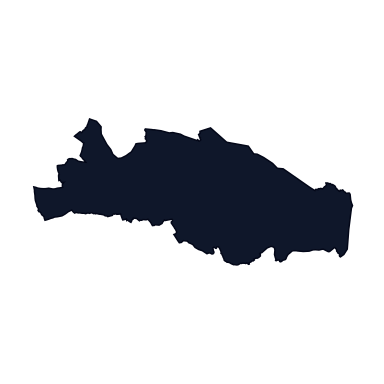 Sirdal nor, Vest-Agder, Norway (orthographic projection), rotated 80°
{"feature_id": "86288312B17397528681230", "entity_name": "Sirdal nor", "entity_type": "district", "adm_level": 2, "iso_a3": "NOR", "parent_name": "Norway", "parent_adm1": "Vest-Agder", "projection": "orthographic", "projection_center": [6.807, 58.845], "detail": "fine", "context": "isolated", "style": "filled", "palette": "ink", "viewbox_px": 384, "rotation_deg": 80, "n_neighbors": 0, "source": "geoboundaries", "source_scale": "gbopen_adm2", "svg_char_len": 6018}
<svg xmlns="http://www.w3.org/2000/svg" viewBox="0 0 384 384"><g transform="rotate(80 192 192)"><path d="M116.7,298.1L122.7,292.1L124.7,290.6L124.9,290.0L127.0,290.9L127.9,291.1L129.3,292.1L131.2,292.8L133.5,293.8L136.7,295.8L137.5,295.5L139.0,294.2L139.9,294.1L142.0,292.6L144.3,291.4L143.4,294.8L142.0,298.5L141.7,299.0L139.7,301.0L139.2,302.4L138.2,304.3L138.2,305.2L137.9,307.1L138.2,308.1L138.7,308.9L139.4,308.8L140.0,309.1L141.6,311.1L143.0,312.4L143.1,313.5L142.8,314.4L143.0,315.2L143.3,315.6L142.8,316.2L142.9,316.5L142.7,318.2L142.7,318.6L142.6,318.9L142.7,320.0L143.9,320.3L146.4,320.4L148.2,320.3L151.5,319.6L151.9,320.3L152.9,320.6L157.6,321.1L157.5,319.7L159.6,319.0L160.2,318.2L160.0,317.7L160.0,317.4L160.3,317.0L160.3,316.7L160.6,317.2L160.8,317.1L161.1,317.2L161.2,317.7L161.5,318.3L162.5,318.3L163.2,318.6L165.0,318.6L165.0,322.3L164.9,323.0L164.9,324.2L165.1,325.9L165.1,326.9L164.9,328.5L163.4,332.4L163.3,335.4L163.0,337.6L162.3,340.5L161.3,343.4L160.3,345.0L159.5,346.9L162.6,346.8L164.4,347.1L167.8,347.2L171.1,347.6L173.4,347.7L178.7,346.9L178.9,347.2L181.7,346.0L181.9,346.2L182.8,346.3L183.4,346.8L184.9,346.1L185.2,345.1L185.9,344.6L188.3,343.9L190.4,342.1L192.6,342.0L194.3,341.7L194.2,340.3L193.8,337.4L193.4,335.6L193.3,333.5L192.8,331.9L193.0,328.8L192.9,324.2L191.8,321.1L190.2,317.8L189.9,317.3L188.9,313.6L191.3,312.2L192.4,311.2L192.0,309.8L192.9,307.5L192.9,306.7L193.9,303.7L194.2,301.9L194.9,300.6L194.5,298.0L195.2,296.9L195.0,294.6L195.1,294.0L196.2,292.8L196.4,290.7L196.7,290.7L196.7,289.5L197.7,287.3L197.9,286.3L198.9,283.6L199.6,282.3L200.3,281.8L200.6,280.9L200.7,280.1L201.6,279.3L201.2,274.5L200.3,273.7L200.0,273.2L200.1,272.7L200.3,272.3L200.4,271.7L200.1,270.6L200.9,270.0L201.3,266.1L206.3,265.3L207.5,265.0L207.3,261.8L207.1,261.4L207.5,261.2L208.3,261.2L208.2,261.1L208.3,260.9L209.0,259.9L210.4,258.5L211.3,257.4L210.6,256.8L208.8,255.8L208.5,254.7L207.5,254.4L208.4,251.2L211.2,248.8L210.8,248.3L211.1,246.5L211.0,246.0L210.6,245.2L211.4,242.1L211.3,240.6L211.2,240.1L214.7,238.0L218.2,236.8L218.2,236.0L218.4,235.3L218.2,234.7L217.9,233.9L218.9,230.1L217.8,227.0L217.7,227.0L216.6,226.1L214.7,224.1L215.4,223.5L215.3,217.2L215.5,216.3L216.3,216.0L217.5,216.5L217.8,217.5L218.9,217.8L223.8,215.6L224.6,215.4L226.0,214.7L228.7,214.0L230.3,215.1L230.7,217.2L237.7,214.3L239.8,213.3L239.8,211.2L238.4,208.9L239.6,205.0L241.3,204.1L242.7,201.9L243.9,200.3L247.1,198.6L249.8,195.4L251.6,192.0L255.4,188.0L254.9,185.8L255.5,184.4L256.4,183.4L256.6,182.2L255.9,181.2L255.0,180.8L253.6,181.1L251.7,181.2L250.7,181.1L250.2,180.2L250.4,179.5L251.5,178.6L251.7,178.0L251.2,177.5L250.3,177.1L250.3,176.0L250.4,175.6L250.8,175.5L251.0,175.1L251.4,174.9L254.6,174.0L256.1,173.7L257.5,174.1L258.5,173.2L259.3,173.2L260.9,172.7L262.1,172.6L262.9,172.2L264.9,172.1L265.9,171.2L266.4,170.4L267.2,169.8L267.5,168.5L268.1,167.3L269.5,165.7L269.9,165.1L269.8,164.8L270.3,164.5L270.8,163.7L270.9,163.3L270.9,162.7L271.5,161.0L271.7,159.4L271.4,158.7L271.1,157.7L270.9,157.5L270.7,157.2L270.8,156.2L271.0,155.5L270.8,154.7L271.0,154.1L270.9,153.8L271.2,153.2L271.3,152.3L271.8,151.5L271.4,150.5L272.1,149.6L272.9,149.1L273.1,148.6L272.9,148.1L272.0,148.1L271.8,148.2L271.6,148.1L271.0,145.8L270.7,145.6L270.5,145.2L270.2,145.0L270.2,144.4L270.5,144.1L270.5,143.7L269.8,142.5L268.8,142.9L268.6,141.8L268.2,140.5L268.5,139.5L268.5,139.1L268.3,138.7L268.2,137.9L266.9,135.8L265.2,135.5L264.6,136.1L264.2,135.7L263.8,133.9L263.8,133.7L260.1,127.6L259.3,123.8L259.6,122.6L260.7,120.9L261.2,120.6L263.5,120.4L267.9,121.6L271.6,121.3L272.7,120.9L273.7,121.6L274.0,121.5L274.3,121.1L273.9,119.8L274.1,118.4L274.3,117.9L274.5,117.7L275.6,117.7L276.0,117.3L276.1,116.9L276.1,116.6L275.8,115.5L275.3,115.1L275.0,114.5L274.9,113.2L274.7,111.8L274.1,111.1L272.2,110.0L270.2,108.3L268.6,105.4L267.5,103.8L267.5,103.0L267.4,102.4L267.9,99.6L268.4,98.2L269.9,92.7L270.6,86.8L270.0,83.0L270.3,80.4L271.2,77.0L271.0,73.9L271.1,72.6L274.1,68.6L274.4,68.1L274.6,67.4L274.4,66.6L271.8,62.0L271.5,61.0L272.2,60.5L273.9,59.6L275.3,59.8L276.7,59.0L277.3,59.0L278.1,58.2L278.5,57.6L279.5,57.5L280.4,57.9L281.1,57.7L281.7,57.1L279.9,53.3L275.2,49.0L256.3,44.2L235.6,37.8L233.3,36.3L230.1,36.9L227.3,37.1L221.9,36.7L220.6,37.1L220.3,37.4L220.1,40.0L219.8,40.8L218.8,41.1L218.3,42.0L216.4,43.0L216.1,43.3L216.5,44.2L216.1,45.1L216.0,45.7L216.8,46.0L217.0,46.2L217.0,46.7L216.8,47.0L216.0,47.4L215.2,48.4L213.8,48.9L213.6,49.4L213.3,49.5L211.4,50.0L210.7,50.4L209.1,52.2L209.4,52.6L209.4,52.8L207.7,54.4L207.6,55.0L207.7,55.6L206.7,56.7L206.6,57.6L206.3,58.5L206.7,58.6L208.3,58.3L208.8,58.6L209.6,59.8L209.7,60.2L209.9,60.7L211.0,61.9L211.6,63.0L211.3,63.4L211.1,64.0L210.8,64.5L210.9,65.4L211.2,65.9L210.8,66.2L210.7,66.6L210.8,67.1L211.3,67.3L211.6,67.6L211.1,68.4L211.2,69.1L211.0,69.4L210.9,69.7L211.5,70.3L212.0,70.6L211.9,70.8L207.7,75.4L185.0,98.2L183.5,103.8L177.8,107.7L170.5,115.4L166.1,121.2L165.2,124.6L156.6,128.6L149.0,149.2L132.1,162.6L133.6,173.6L135.4,173.9L135.7,174.0L136.0,174.5L136.5,175.5L137.8,175.2L139.3,175.0L140.0,174.3L140.9,174.8L141.8,174.3L142.1,174.3L142.5,174.5L143.2,176.1L142.9,176.4L142.8,176.6L141.5,177.3L142.1,178.3L135.6,190.1L133.1,193.3L130.1,200.6L129.9,204.1L126.3,211.9L124.3,218.0L124.0,219.4L123.5,220.9L121.8,227.0L122.3,227.5L122.9,227.7L125.0,226.7L128.5,227.5L129.4,228.6L130.7,228.1L131.2,228.3L131.5,228.7L132.2,228.1L132.9,228.0L133.4,227.6L134.6,228.0L134.9,228.7L135.4,229.1L135.5,229.5L134.8,236.8L134.8,238.8L136.9,240.2L140.0,243.0L141.4,244.2L142.4,245.4L142.9,246.8L144.8,250.6L146.3,255.7L146.1,259.0L146.1,259.3L141.2,263.4L136.2,264.6L130.4,267.6L120.5,270.9L119.0,271.3L114.8,270.8L112.0,270.2L105.8,273.8L102.3,280.2L106.9,282.7L108.3,283.7L110.0,284.4L110.0,285.1L110.2,285.4L110.8,286.1L111.8,286.6L112.2,287.3L112.2,287.8L112.6,288.4L112.7,288.7L113.3,289.2L113.7,289.7L114.2,290.0L114.4,290.4L114.3,290.8L113.4,291.4L113.3,292.1L114.6,294.4L114.8,294.6L115.4,296.0L116.7,298.1Z" fill="#0f172a" stroke="#020617" stroke-width="1.5"/></g></svg>